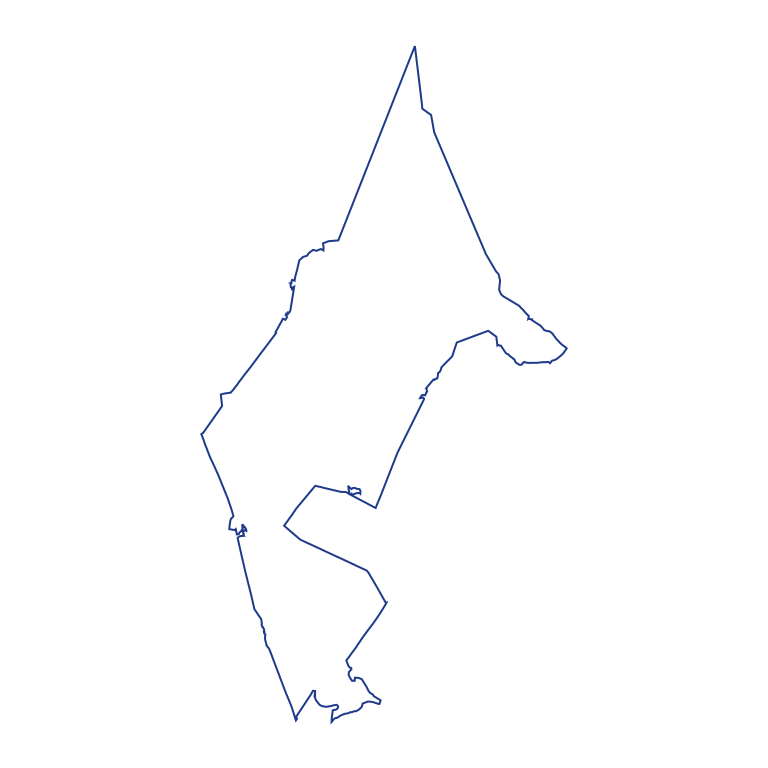 Coatlán del Río, Morelos, Mexico (Natural Earth projection)
{"feature_id": "50627088B55233525258016", "entity_name": "Coatlán del Río", "entity_type": "district", "adm_level": 2, "iso_a3": "MEX", "parent_name": "Mexico", "parent_adm1": "Morelos", "projection": "natural_earth1", "projection_center": [-99.448, 18.734], "detail": "fine", "context": "isolated", "style": "outline", "palette": "blue", "viewbox_px": 768, "rotation_deg": 0, "n_neighbors": 0, "source": "geoboundaries", "source_scale": "gbopen_adm2", "svg_char_len": 5633}
<svg xmlns="http://www.w3.org/2000/svg" viewBox="0 0 768 768"><path d="M290.4,310.3L289.5,312.2L289.4,312.5L287.9,312.4L287.9,313.0L287.8,314.3L287.7,314.4L287.3,314.3L287.3,314.2L286.3,313.6L285.8,314.8L286.6,314.8L286.6,316.9L287.0,317.3L285.4,319.8L284.2,319.3L283.8,319.1L283.0,318.7L282.9,318.7L281.4,321.7L281.0,322.3L275.6,332.2L276.1,333.0L274.8,334.8L263.6,349.7L262.3,351.3L250.6,367.0L243.8,375.6L240.7,379.9L239.4,381.4L237.4,384.4L233.6,389.3L230.6,392.7L228.3,392.9L226.4,393.3L225.8,393.3L224.3,393.6L222.3,394.0L220.8,394.6L221.9,404.0L222.1,406.0L205.2,430.0L203.1,433.0L201.6,433.8L201.3,434.1L203.2,438.8L205.0,444.3L205.6,445.9L206.2,447.1L209.3,455.4L210.8,458.8L214.2,466.0L218.4,475.4L219.1,477.1L224.4,490.2L226.6,495.7L227.8,498.6L230.1,505.4L231.1,508.3L232.5,512.7L232.5,512.9L233.4,516.3L230.9,519.0L230.4,520.5L229.6,525.6L229.3,529.1L234.6,530.1L235.7,529.2L235.8,529.1L236.8,534.2L236.8,534.4L237.5,534.4L238.9,534.0L239.3,532.7L241.2,531.1L241.9,529.9L242.2,529.5L242.4,529.0L242.5,526.5L242.1,525.3L242.8,524.9L243.2,525.4L243.7,527.1L243.8,527.0L244.5,526.8L244.7,527.1L245.9,529.0L246.3,529.9L246.3,530.8L245.4,530.2L245.3,530.5L244.1,530.9L244.0,530.4L243.3,530.4L242.7,531.5L243.1,532.2L243.2,533.0L243.7,533.5L243.8,533.7L243.6,534.3L243.3,534.7L243.7,535.7L243.8,535.8L240.6,536.1L239.4,536.5L238.7,536.9L237.6,538.0L242.0,557.3L244.5,568.1L244.7,569.2L248.4,584.0L251.1,594.8L254.4,609.1L261.2,619.2L261.3,619.9L261.9,623.6L261.6,624.7L262.0,625.6L262.2,626.8L263.2,627.4L263.1,627.8L263.2,628.1L264.0,629.2L264.2,629.6L263.8,631.6L264.5,632.0L264.1,632.9L264.2,633.4L265.3,634.2L265.0,637.3L265.2,640.1L266.5,644.4L266.3,645.0L267.1,646.3L268.5,647.8L269.7,650.1L285.7,692.5L287.3,696.3L291.5,706.5L295.9,720.4L297.0,718.9L296.1,716.8L310.5,695.1L313.0,690.8L315.1,691.0L314.7,695.1L315.1,694.8L315.1,695.0L315.0,696.1L315.0,697.3L315.3,698.5L315.8,699.9L317.1,701.6L318.9,704.0L320.3,705.3L322.4,706.2L325.8,706.8L329.9,706.3L333.4,705.4L335.5,704.9L336.3,704.8L337.0,705.1L337.9,706.0L338.1,706.9L337.9,707.9L336.8,709.1L335.6,709.8L334.5,709.9L333.6,710.0L332.9,710.2L332.7,710.6L332.6,711.8L332.4,713.3L331.8,717.4L331.6,719.9L331.6,721.9L333.5,719.6L334.8,718.3L336.9,717.9L339.3,716.4L341.4,715.1L345.2,713.7L347.2,713.4L348.3,713.3L349.7,712.5L350.5,712.1L351.4,712.3L352.1,712.2L353.1,711.6L354.6,711.2L356.2,711.2L357.7,710.3L358.6,709.8L360.0,708.6L361.7,707.0L362.7,703.5L368.0,701.5L372.7,702.0L377.8,703.7L379.4,704.0L380.6,700.3L374.0,696.3L372.6,694.3L370.2,693.0L368.5,690.9L367.2,688.2L366.0,685.8L365.3,684.9L361.8,679.2L358.6,677.9L354.9,677.7L354.7,680.8L353.2,680.7L352.0,680.8L350.1,677.9L348.7,675.2L348.7,673.7L348.9,672.3L349.7,671.2L351.4,669.2L351.2,668.0L350.1,667.7L349.4,667.1L348.4,665.8L347.9,664.5L346.3,660.5L347.7,658.6L349.9,655.7L351.7,653.2L355.6,648.0L358.2,644.0L360.3,641.0L361.7,638.8L365.7,633.3L373.8,622.5L377.7,616.9L379.9,613.6L383.1,608.5L385.8,604.0L386.5,602.6L385.8,602.8L382.0,596.1L376.4,586.2L368.3,572.4L366.6,570.5L356.5,565.8L346.5,561.1L325.1,551.2L319.2,548.4L300.5,539.8L290.6,531.4L289.0,530.0L284.1,525.7L287.2,521.5L287.3,521.4L289.6,518.1L292.2,514.6L294.2,511.5L294.5,511.3L296.3,508.5L312.9,488.6L315.1,486.0L315.3,485.9L315.5,485.9L320.1,486.9L322.2,487.4L324.7,488.1L327.0,488.6L340.4,491.8L346.3,492.1L349.3,494.0L349.1,490.9L348.6,489.6L348.3,486.5L348.0,485.8L349.7,487.5L351.3,489.0L352.8,488.1L355.0,487.9L356.6,488.8L359.5,489.1L360.5,491.2L360.3,493.7L359.6,493.0L356.3,493.2L353.4,494.3L351.2,494.6L351.2,493.8L349.9,494.4L375.6,508.0L380.9,495.1L397.4,452.9L424.0,399.3L424.0,398.6L423.2,397.6L420.1,398.1L421.7,395.4L423.0,394.9L425.2,395.3L426.1,392.9L427.1,391.5L426.8,391.1L426.6,388.7L426.1,388.3L428.3,385.6L428.8,385.1L432.8,380.3L433.0,380.1L433.1,379.9L433.5,379.6L434.2,379.9L435.2,379.4L435.3,379.0L435.7,379.1L437.1,378.2L437.4,378.2L437.5,377.5L437.9,375.2L438.1,373.0L439.6,372.0L439.9,371.5L440.7,370.1L441.3,367.9L441.4,367.5L441.6,367.2L444.6,364.0L450.8,357.8L452.2,356.3L456.8,342.5L488.2,330.8L496.3,336.7L497.4,345.6L498.5,345.0L499.9,345.7L500.7,345.6L501.0,345.7L501.7,347.0L504.9,351.7L505.7,352.8L506.3,353.5L507.0,353.8L507.8,354.1L508.5,354.4L509.0,355.3L510.0,356.1L510.6,356.7L511.4,357.1L511.7,357.5L512.6,358.0L513.1,358.7L513.9,359.0L514.5,359.7L515.2,361.5L515.9,362.6L519.5,364.9L520.2,364.9L521.4,364.7L522.3,364.1L522.6,363.1L524.3,361.9L525.9,362.6L529.0,362.9L533.8,362.8L537.5,362.8L541.3,362.3L542.7,362.2L544.0,362.3L545.5,362.1L546.8,362.1L548.4,361.9L550.0,363.2L552.0,360.7L554.3,360.1L556.4,359.2L560.2,356.2L563.0,353.7L563.8,352.6L566.7,348.4L566.3,347.8L561.9,344.6L560.7,343.5L556.2,338.8L552.3,333.4L549.7,331.4L547.6,331.1L544.4,330.2L540.6,325.8L531.9,320.1L532.1,319.4L528.5,318.8L528.2,319.0L528.8,316.0L527.5,314.8L526.6,313.9L522.4,309.2L520.8,307.7L519.3,305.9L503.1,296.2L500.9,294.1L499.1,289.6L500.1,280.6L498.6,274.2L496.1,271.5L485.9,254.1L434.2,132.3L431.1,115.0L422.3,108.7L422.0,104.8L414.9,46.1L411.3,55.1L384.7,122.7L344.4,225.0L338.3,240.4L328.6,241.2L322.9,243.4L323.6,247.3L323.4,250.4L320.8,249.0L316.5,250.8L313.0,249.9L311.6,251.0L310.9,251.5L308.8,253.1L307.0,255.8L306.6,255.9L303.1,256.9L299.6,260.1L299.4,260.3L298.3,264.6L297.1,269.8L295.7,275.0L295.2,277.0L295.0,278.1L294.6,280.8L293.5,280.4L293.0,280.0L292.3,279.8L291.9,280.2L291.4,281.6L291.4,282.1L291.6,282.9L291.1,283.3L290.3,283.4L290.6,283.7L290.8,287.2L291.3,287.6L291.5,288.0L291.9,288.5L292.0,288.9L292.1,289.5L292.4,289.6L292.4,290.5L292.6,290.0L292.4,287.6L292.6,287.5L294.2,286.6L292.5,297.3L290.5,309.6L290.4,310.3Z" fill="none" stroke="#1e3a8a" stroke-width="2"/></svg>